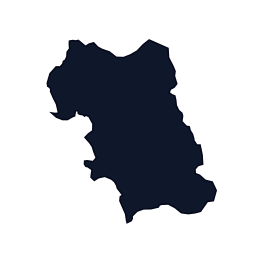 the border of Plovdiv, rotated 166°
{"feature_id": "BGR-2235", "entity_name": "Plovdiv", "entity_type": "Province", "adm_level": 1, "iso_a3": "BGR", "parent_name": "Bulgaria", "parent_adm1": "", "projection": "orthographic", "projection_center": [24.881, 42.293], "detail": "fine", "context": "isolated", "style": "filled", "palette": "ink", "viewbox_px": 256, "rotation_deg": 166, "n_neighbors": 0, "source": "natural_earth", "source_scale": "10m", "svg_char_len": 1656}
<svg xmlns="http://www.w3.org/2000/svg" viewBox="0 0 256 256"><g transform="rotate(166 128 128)"><path d="M151.8,38.3L151.1,45.2L153.5,59.3L152.1,63.2L149.4,64.2L152.9,72.1L152.9,74.8L154.0,79.1L156.4,82.4L162.1,86.7L168.6,86.9L173.4,85.3L175.8,89.2L173.0,96.2L176.3,100.1L178.2,101.0L179.0,103.5L178.1,106.4L175.5,106.1L170.1,103.8L166.0,106.7L166.9,113.7L167.1,118.5L168.7,122.9L172.0,129.3L167.8,131.9L162.8,133.9L161.0,140.6L163.2,148.7L166.0,150.7L167.2,150.0L168.7,151.9L171.1,152.8L172.7,154.1L172.2,156.9L174.8,157.4L176.9,152.6L179.6,152.3L184.7,150.8L189.4,152.0L194.8,155.8L198.5,161.1L195.4,159.8L193.2,159.4L191.8,159.4L191.6,168.5L193.1,175.2L194.3,182.3L193.5,184.5L194.2,186.3L195.8,188.0L195.4,191.2L190.5,199.6L183.0,204.7L179.1,203.7L175.8,205.9L174.5,208.3L172.3,209.1L170.0,212.1L168.7,216.4L165.4,219.1L164.7,223.4L163.8,226.5L160.3,226.2L157.8,225.1L155.0,225.0L149.5,217.5L145.5,218.8L140.7,219.0L137.8,213.8L134.2,210.5L127.7,206.3L122.3,199.4L115.2,197.4L108.0,198.3L100.4,200.5L93.2,205.1L86.2,208.3L69.9,195.6L71.6,186.5L69.4,177.1L68.6,171.7L70.4,167.2L70.0,159.1L73.4,156.4L77.4,155.4L79.6,152.4L77.3,149.6L74.8,147.8L74.9,143.8L75.7,138.2L74.6,132.8L72.2,129.4L72.1,126.5L74.2,121.3L70.9,115.5L68.3,114.4L68.3,110.5L66.9,106.2L66.8,101.8L67.1,99.8L65.3,94.8L62.2,94.1L62.6,84.2L64.3,74.8L69.2,74.6L73.0,71.9L73.7,67.5L70.0,64.9L65.6,58.5L59.3,55.2L57.5,46.1L62.8,36.8L68.7,37.5L77.8,29.6L83.3,29.5L90.2,30.3L96.7,32.9L101.6,39.4L107.3,44.5L114.2,45.9L116.4,45.5L117.6,44.0L125.2,44.1L132.6,45.8L139.3,45.1L145.3,41.5L145.8,39.1L147.3,37.3L151.8,36.3L151.8,38.3Z" fill="#0f172a" stroke="#020617" stroke-width="1.5"/></g></svg>